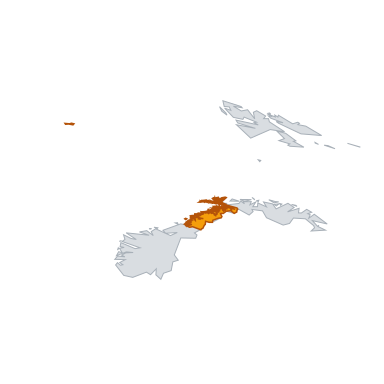 where Nordland sits in Norway, rotated 20°
{"feature_id": "NOR-75", "entity_name": "Nordland", "entity_type": "County", "adm_level": 1, "iso_a3": "NOR", "parent_name": "Norway", "parent_adm1": "", "projection": "natural_earth1", "projection_center": [13.986, 68.065], "detail": "fine", "context": "in_parent", "style": "filled", "palette": "amber", "viewbox_px": 384, "rotation_deg": 20, "n_neighbors": 0, "source": "natural_earth", "source_scale": "10m", "svg_char_len": 9840}
<svg xmlns="http://www.w3.org/2000/svg" viewBox="0 0 384 384"><g transform="rotate(20 192 192)"><path d="M264.7,185.6L254.3,187.9L256.1,189.5L253.6,194.1L241.6,192.2L239.0,197.7L230.8,198.3L226.2,202.7L228.2,206.2L221.7,213.2L214.8,214.9L214.4,222.7L208.3,229.6L211.4,230.7L211.3,234.2L197.2,239.0L196.9,257.2L202.4,260.8L197.9,264.2L199.3,273.0L193.0,278.1L192.6,284.7L186.4,282.2L184.7,276.4L181.3,283.9L176.6,282.9L165.5,292.5L156.4,293.7L145.2,286.7L146.1,283.9L149.8,285.3L151.9,284.0L148.2,283.0L152.4,278.4L142.5,281.7L144.0,277.6L151.1,275.9L147.4,275.4L150.7,271.8L157.4,269.0L150.8,270.7L142.8,277.6L143.5,273.2L147.2,272.9L143.1,269.7L147.2,267.3L143.1,267.8L142.5,263.9L157.9,264.7L162.3,262.2L143.3,262.4L145.2,259.5L142.3,255.6L150.5,256.5L155.9,255.7L144.1,252.9L166.5,247.3L156.3,247.5L162.7,243.8L170.5,246.2L167.2,243.2L170.4,239.0L186.7,240.3L192.0,235.1L181.4,239.8L177.8,237.9L192.3,225.8L199.9,224.6L202.9,222.3L197.1,222.9L203.8,216.5L202.0,215.1L211.1,213.3L204.4,213.9L205.1,210.1L211.6,205.6L221.1,204.8L214.0,204.2L217.8,201.3L222.4,203.4L223.0,201.8L216.6,199.1L225.2,195.2L227.5,198.5L226.6,194.4L236.2,193.4L228.8,192.4L240.0,186.7L241.0,183.8L245.3,185.2L243.5,183.6L251.0,180.8L250.8,184.2L255.4,179.5L254.2,185.0L258.6,183.4L257.6,179.8L267.1,180.5L262.6,176.9L271.8,175.6L276.8,179.1L286.0,169.8L293.3,171.6L288.6,178.0L298.2,170.7L299.2,175.2L302.0,174.3L305.7,169.1L311.4,170.1L308.2,172.8L310.8,172.9L310.7,176.7L314.5,171.1L330.0,175.8L314.9,177.7L321.7,181.3L330.5,182.2L317.3,187.9L319.4,183.8L317.9,182.0L307.7,178.4L296.2,181.8L294.4,188.2L289.0,191.9L270.8,190.7L264.7,185.6ZM225.0,93.5L235.2,95.4L234.2,98.6L238.8,96.9L240.7,99.6L258.4,103.7L244.1,106.6L228.7,121.3L210.8,113.6L229.8,110.5L211.4,111.5L208.8,109.4L231.3,106.3L226.6,105.6L228.8,104.3L215.3,103.8L215.0,106.3L205.3,107.7L193.9,102.0L200.6,102.0L197.9,99.3L193.0,100.6L189.8,95.7L208.9,94.9L210.3,95.7L201.6,97.2L210.6,99.0L216.1,95.7L225.9,101.8L222.4,96.1L225.0,93.5ZM246.9,90.3L263.3,93.5L267.5,90.3L269.5,90.7L268.4,92.5L276.4,91.2L294.5,94.6L274.5,100.1L249.9,97.8L247.0,97.0L253.9,95.8L240.8,95.7L237.8,94.4L241.6,93.6L235.6,92.8L244.6,93.0L243.5,91.4L247.1,92.2L246.9,90.3ZM259.9,104.8L272.1,108.4L270.0,109.7L281.8,111.6L268.4,115.5L266.0,115.2L267.5,113.3L256.1,114.0L260.6,110.2L251.0,105.8L259.9,104.8ZM223.4,192.2L229.0,190.7L212.7,195.6L220.9,191.7L221.4,187.7L226.0,185.6L223.4,192.2ZM232.1,184.8L239.7,184.5L230.8,187.5L232.1,184.8ZM239.6,182.6L250.4,178.8L244.7,182.8L239.6,182.6ZM188.7,102.4L196.8,106.1L198.6,107.8L192.3,105.9L188.7,102.4ZM218.2,188.1L219.6,191.7L213.5,190.8L218.2,188.1ZM276.9,171.6L272.8,174.1L266.8,173.0L273.6,172.5L276.9,171.6ZM277.7,173.4L276.0,176.3L273.5,175.5L277.7,173.4ZM205.8,195.9L211.7,195.1L205.3,197.4L205.8,195.9ZM334.3,92.4L321.4,93.1L334.8,92.2L334.3,92.4ZM303.9,101.9L311.6,102.4L300.1,102.8L303.9,101.9ZM289.8,169.6L294.2,169.0L295.6,169.6L289.8,169.6ZM280.6,172.6L279.8,174.2L278.5,172.8L280.6,172.6ZM257.6,176.9L257.6,178.5L255.9,177.9L257.6,176.9ZM245.8,138.8L245.3,140.3L243.2,139.1L245.8,138.8ZM294.6,104.0L291.0,103.9L290.6,103.3L294.6,104.0ZM188.9,225.8L190.0,227.1L186.8,226.8L188.9,225.8ZM250.2,176.6L252.4,177.1L253.7,178.0L250.2,176.6ZM237.9,91.2L239.4,92.0L237.1,91.7L237.9,91.2ZM172.0,238.0L168.3,238.1L172.2,237.3L172.0,238.0ZM166.6,240.2L165.2,241.4L164.6,240.8L166.6,240.2ZM204.4,197.8L202.4,199.0L204.6,196.9L204.4,197.8ZM142.4,270.2L141.9,272.1L141.8,269.7L142.4,270.2ZM200.5,215.4L199.6,214.3L200.8,214.4L200.5,215.4ZM322.6,179.8L322.2,181.1L322.0,180.9L322.6,179.8ZM201.5,216.4L199.4,216.7L201.9,216.2L201.5,216.4ZM195.3,218.9L195.5,219.9L194.5,219.6L195.3,218.9ZM141.8,262.3L140.9,263.4L141.1,262.5L141.8,262.3Z" fill="#d9dde1" stroke="#a8b0b8" stroke-width="1"/><path d="M240.8,192.4L240.4,193.7L240.9,195.5L239.0,197.6L234.7,196.4L230.8,198.3L228.7,201.5L226.6,202.1L226.2,202.7L228.5,204.8L228.3,206.2L225.6,207.7L221.2,211.5L221.6,213.5L218.5,214.6L214.8,214.9L215.6,218.0L215.0,218.9L214.6,222.5L213.6,223.3L213.3,224.5L204.5,224.4L201.7,226.0L197.6,225.6L197.5,225.1L200.8,224.3L203.1,222.5L199.8,224.2L198.8,224.1L199.8,223.7L198.8,223.4L201.4,223.2L197.9,223.3L199.8,222.0L201.2,222.4L199.7,221.3L201.4,222.0L200.8,221.5L201.9,221.2L200.6,221.2L201.0,221.0L200.3,220.7L200.7,220.6L200.4,220.0L199.9,220.7L199.6,220.6L200.1,220.0L199.4,220.6L198.8,219.8L199.8,218.6L200.9,219.1L200.7,219.4L202.0,219.5L200.3,218.4L201.5,218.1L200.7,217.7L201.2,216.8L202.4,216.4L204.8,217.5L204.4,216.6L203.0,216.1L203.8,215.3L201.3,215.4L207.4,213.8L207.8,214.0L207.1,214.3L207.8,214.3L207.5,215.0L209.5,214.7L208.0,214.3L211.8,213.1L208.1,213.8L207.8,213.4L203.8,214.4L204.7,213.6L207.5,213.2L205.8,212.6L206.0,213.0L205.2,213.3L203.8,213.1L203.6,212.7L204.6,212.5L204.3,211.8L204.8,211.7L203.4,211.2L204.3,211.0L205.2,211.8L206.2,211.8L205.5,211.7L205.5,211.2L208.5,211.2L206.9,210.8L208.9,210.4L205.3,210.9L205.4,210.3L206.5,210.2L204.8,210.0L205.0,209.8L207.6,210.1L205.2,209.4L208.6,209.6L210.0,209.2L207.8,209.4L207.6,209.0L209.1,208.9L207.3,208.7L210.8,208.7L208.6,208.2L207.5,207.4L210.6,206.7L210.0,207.1L210.4,207.4L210.5,207.4L211.3,206.1L211.9,207.0L212.5,206.8L212.8,206.1L215.0,206.5L215.1,206.1L212.8,205.9L213.5,205.2L214.1,205.1L213.9,205.7L216.3,205.5L214.6,205.0L215.2,204.8L217.9,204.7L217.3,205.3L218.0,205.8L217.6,205.3L218.8,204.7L220.8,205.2L220.8,205.8L221.7,206.0L220.8,204.8L223.4,205.1L218.5,204.4L219.3,203.8L215.7,204.7L215.3,204.7L215.9,204.1L213.2,204.4L215.3,202.8L216.8,203.2L218.4,202.5L216.8,202.5L216.1,202.1L218.5,201.3L219.2,201.7L218.1,201.4L218.5,201.9L218.1,202.1L216.8,202.3L218.2,202.3L219.4,201.9L219.1,202.8L221.1,202.2L222.8,204.1L223.1,203.9L221.9,202.3L224.5,201.5L219.8,201.7L220.0,201.1L221.4,201.3L221.0,200.8L219.3,200.9L220.5,200.3L220.2,200.0L221.9,200.4L222.8,200.3L220.9,199.8L222.3,199.7L223.8,200.4L224.1,200.2L222.6,199.6L223.0,199.3L221.0,199.3L221.1,198.7L219.3,200.0L216.9,200.7L216.1,200.5L217.2,200.2L216.5,199.9L218.9,199.8L216.4,199.1L218.8,198.8L217.0,198.8L218.0,198.3L219.7,198.6L219.5,198.9L221.5,198.1L221.9,198.1L221.6,198.5L221.9,198.7L223.4,197.8L224.2,198.3L225.7,197.2L224.1,197.0L224.3,196.7L223.7,197.1L222.3,197.0L221.9,196.7L220.9,197.4L220.0,197.0L222.6,195.8L223.3,196.4L222.4,196.5L222.5,196.9L224.1,196.5L225.0,195.1L225.9,195.9L225.5,197.1L226.6,197.5L226.9,198.5L228.4,199.2L228.9,199.2L227.1,198.4L227.2,197.6L226.7,197.3L228.6,198.3L227.6,197.3L228.4,197.7L229.1,197.7L228.0,196.8L230.1,196.7L227.3,196.5L226.9,196.1L229.4,195.8L228.4,195.3L226.4,195.5L227.7,195.2L225.9,194.7L227.2,194.5L230.9,196.1L229.2,194.8L226.7,194.1L230.1,193.6L231.4,193.9L231.1,194.4L233.2,193.9L234.7,195.0L234.7,195.8L235.3,195.2L233.9,194.2L234.1,193.6L238.5,193.7L235.6,193.2L236.2,192.5L232.6,193.3L232.3,193.2L232.9,192.9L232.2,192.7L228.8,193.3L228.6,192.5L239.7,191.6L240.8,192.4ZM228.7,192.0L225.9,192.4L224.5,193.9L224.2,192.8L223.5,193.4L223.8,193.7L223.3,193.4L222.5,194.6L220.3,194.1L222.4,193.0L221.9,192.7L221.1,193.5L218.6,194.9L217.9,194.9L219.4,193.3L220.5,193.1L219.7,193.0L220.4,192.8L219.3,192.5L219.5,192.2L222.5,191.7L221.1,190.7L223.1,190.9L221.4,190.5L221.2,189.9L222.5,189.7L221.9,189.3L222.8,188.5L224.4,188.5L223.1,190.4L223.6,191.0L222.8,191.7L222.6,193.1L224.8,191.8L228.7,192.0ZM213.7,191.3L214.7,190.6L214.0,190.4L214.3,190.0L214.7,189.9L214.9,190.5L215.3,190.6L215.3,189.7L215.7,190.4L217.3,190.3L217.6,189.4L218.0,190.0L218.3,189.5L219.1,189.8L218.0,188.5L218.6,188.0L219.7,188.9L219.3,189.2L220.1,189.0L219.7,189.7L220.7,189.5L219.9,190.0L220.8,190.6L220.7,191.2L218.4,192.0L216.6,191.7L219.2,190.9L219.1,190.4L218.2,190.2L218.5,190.4L218.1,190.8L216.7,191.1L215.7,190.8L214.6,191.7L213.7,191.3ZM57.7,168.3L57.2,169.6L52.8,170.3L50.0,171.6L49.2,171.0L53.6,169.8L55.2,168.6L57.7,168.3ZM219.2,193.2L216.1,195.0L216.4,194.4L216.0,194.2L215.2,195.3L212.3,196.0L212.3,195.5L213.4,195.1L212.7,195.1L213.2,194.9L213.0,194.5L214.4,194.5L213.6,193.9L215.1,194.0L214.7,193.6L215.5,193.4L215.9,193.9L216.3,193.4L216.7,193.6L216.5,194.1L217.3,193.4L219.2,193.2ZM221.7,188.9L221.0,189.2L221.0,188.5L222.0,187.2L224.9,185.5L226.1,185.5L225.6,186.7L224.0,187.9L221.7,188.0L221.7,188.9ZM210.6,194.9L212.0,195.0L211.1,195.7L209.2,195.9L209.7,196.3L208.9,196.2L208.7,196.7L207.9,196.3L207.5,197.0L206.9,196.7L207.9,195.9L207.1,196.1L207.5,195.8L207.1,195.6L208.1,195.3L207.3,195.1L208.2,194.6L209.3,194.9L210.7,194.2L210.6,194.9ZM198.1,220.1L199.9,221.8L196.5,223.5L197.1,222.2L197.7,222.0L197.3,221.8L198.6,221.1L197.6,221.1L198.1,220.1ZM204.1,196.5L204.8,196.6L204.0,197.1L204.5,197.1L204.6,197.9L203.5,197.7L204.0,198.2L203.8,198.5L202.1,199.1L204.1,196.5ZM226.7,192.5L228.5,193.0L227.8,193.2L228.0,193.5L225.8,193.7L226.7,192.5ZM199.8,216.2L202.8,215.9L198.9,217.1L199.8,216.2ZM197.8,224.4L198.4,224.5L197.3,225.0L196.0,224.8L197.4,223.6L198.1,224.0L197.8,224.4ZM217.2,192.8L215.2,192.2L218.0,192.2L217.2,192.8ZM201.0,215.1L200.1,215.5L198.4,215.9L200.4,214.6L199.4,214.5L200.3,214.0L200.7,214.6L200.2,214.9L201.0,215.1ZM205.7,196.2L206.8,196.2L206.3,197.3L204.9,197.3L205.4,196.5L206.0,196.8L205.7,196.2ZM196.2,219.0L195.6,220.0L194.4,219.7L194.9,219.0L196.2,219.0ZM212.8,205.1L212.2,206.7L211.6,206.1L210.8,206.0L212.8,205.1ZM220.1,197.9L219.8,198.1L219.2,198.2L217.7,197.9L218.8,197.4L219.0,197.8L220.1,197.9ZM224.7,197.3L224.4,197.5L221.5,197.3L222.1,197.1L224.7,197.3ZM211.1,194.5L212.8,194.8L212.3,195.1L211.1,194.5ZM202.7,213.4L202.3,214.1L201.4,213.8L202.1,213.2L202.7,213.4ZM203.1,211.8L202.8,212.7L202.1,212.5L202.2,211.9L203.1,211.8ZM217.7,194.8L216.5,195.1L217.6,194.6L217.7,194.8ZM217.9,189.0L217.7,189.3L216.8,189.1L217.2,188.8L217.9,189.0ZM213.5,202.6L213.5,203.0L212.5,203.2L213.5,202.6ZM219.4,197.7L219.7,197.0L220.1,197.6L219.4,197.7ZM196.5,225.0L197.1,225.1L197.3,225.3L197.4,225.5L196.5,225.0Z" fill="#f59e0b" stroke="#b45309" stroke-width="1.5"/></g></svg>